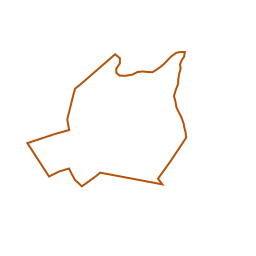 Lagoa de Dentro, Paraíba, Brazil, rotated 231°
{"feature_id": "56859067B25189645014344", "entity_name": "Lagoa de Dentro", "entity_type": "district", "adm_level": 2, "iso_a3": "BRA", "parent_name": "Brazil", "parent_adm1": "Paraíba", "projection": "mercator", "projection_center": [-35.358, -6.683], "detail": "fine", "context": "isolated", "style": "outline", "palette": "amber", "viewbox_px": 256, "rotation_deg": 231, "n_neighbors": 0, "source": "geoboundaries", "source_scale": "gbopen_adm2", "svg_char_len": 851}
<svg xmlns="http://www.w3.org/2000/svg" viewBox="0 0 256 256"><g transform="rotate(231 128 128)"><path d="M62.6,119.2L69.8,119.4L72.8,130.8L75.6,140.7L83.9,167.2L88.7,170.2L92.7,171.9L96.6,174.1L102.6,176.2L107.0,177.1L113.5,178.6L118.8,181.6L123.9,183.8L127.6,189.2L130.8,194.8L134.0,197.5L137.4,201.2L141.1,206.3L144.7,208.5L147.0,212.6L148.1,216.5L151.3,219.9L153.9,216.8L156.1,212.8L156.4,206.6L155.8,201.4L155.2,197.1L155.0,192.6L155.4,186.6L156.0,182.1L159.7,178.0L162.5,175.2L165.5,170.7L166.8,164.8L170.4,158.6L174.0,154.5L178.1,153.6L181.5,156.2L183.3,162.3L187.3,165.6L193.4,164.4L191.8,118.7L191.9,111.7L187.7,105.8L172.9,86.2L163.5,81.0L166.5,74.0L169.5,67.0L179.6,40.3L140.0,36.1L137.6,47.0L133.6,56.7L127.0,55.2L120.9,54.1L116.1,54.9L111.7,55.4L110.7,73.2L110.9,78.2L62.6,119.2Z" fill="none" stroke="#b45309" stroke-width="2"/></g></svg>